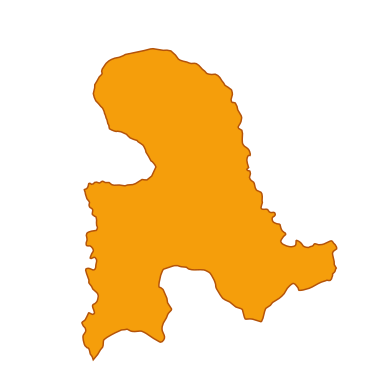 the district of Dorona, Daga, Bhutan, rotated 350°
{"feature_id": "84629894B2198234836682", "entity_name": "Dorona", "entity_type": "district", "adm_level": 2, "iso_a3": "BTN", "parent_name": "Bhutan", "parent_adm1": "Daga", "projection": "robinson", "projection_center": [89.836, 26.874], "detail": "fine", "context": "isolated", "style": "filled", "palette": "amber", "viewbox_px": 384, "rotation_deg": 350, "n_neighbors": 0, "source": "geoboundaries", "source_scale": "gbopen_adm2", "svg_char_len": 5976}
<svg xmlns="http://www.w3.org/2000/svg" viewBox="0 0 384 384"><g transform="rotate(350 192 192)"><path d="M320.9,292.0L319.5,288.3L319.9,285.1L319.6,278.5L319.7,276.9L320.0,276.1L321.0,274.9L324.6,273.1L324.8,271.5L323.9,268.9L322.5,266.9L321.7,265.1L321.0,264.4L319.7,264.3L313.0,266.1L311.0,266.3L307.6,266.0L304.9,264.6L303.9,264.3L303.1,264.6L302.3,265.5L301.3,266.2L299.4,266.3L297.0,266.9L294.7,266.2L293.2,265.4L292.1,264.4L290.7,261.5L289.7,260.2L288.5,259.0L286.7,257.8L286.1,258.0L285.3,261.4L284.6,262.5L283.6,263.0L282.4,263.2L280.1,263.2L278.1,262.6L275.7,261.5L273.5,260.0L272.1,258.9L271.3,257.7L270.9,256.5L270.8,255.7L272.0,254.1L274.4,251.7L276.8,250.2L276.9,249.1L276.6,248.5L276.0,248.1L274.2,246.0L273.6,244.5L273.3,243.1L273.0,239.4L272.4,238.8L270.0,238.0L268.4,237.0L267.0,235.9L266.3,234.5L266.2,232.7L266.5,231.6L267.0,230.9L269.0,230.0L269.9,229.1L270.1,228.4L270.0,227.4L269.7,226.7L268.8,226.2L266.3,226.0L265.6,225.7L264.6,224.9L263.4,222.4L262.1,221.8L260.0,221.6L258.3,221.2L257.5,220.5L257.2,219.5L257.8,218.0L259.5,214.5L259.5,212.8L260.4,208.7L260.5,206.1L260.3,205.3L259.8,204.2L256.2,201.7L255.7,201.1L255.0,198.9L254.8,194.4L254.4,193.1L252.2,190.8L251.5,189.5L251.1,187.6L252.7,184.2L252.7,183.3L252.7,182.2L252.5,181.4L250.4,180.4L249.9,179.3L250.4,178.7L252.0,177.8L251.5,173.6L251.5,170.2L252.2,168.1L253.2,166.4L254.2,165.8L255.5,166.1L256.0,164.8L255.8,162.3L255.4,160.7L254.5,159.0L253.1,157.5L251.6,156.1L250.6,154.3L250.2,152.9L250.2,152.0L250.6,148.9L251.9,143.1L251.8,139.9L249.1,137.6L248.8,136.7L248.7,136.0L249.6,134.8L251.3,132.9L252.5,131.1L253.8,127.6L253.8,126.5L253.6,125.2L251.3,119.0L251.2,115.6L250.1,111.9L248.6,111.1L247.4,110.9L246.6,110.0L246.5,107.8L248.7,103.0L248.9,101.2L248.7,98.6L248.0,97.5L247.0,96.6L246.3,95.7L243.0,92.7L242.1,90.2L240.7,87.6L239.3,84.1L237.6,81.7L235.3,80.0L231.7,79.7L228.9,78.8L227.0,77.7L225.6,75.3L223.5,72.9L220.7,68.5L218.6,66.4L216.8,65.7L213.4,65.3L211.7,64.5L209.4,63.1L205.9,61.6L203.3,60.2L201.7,58.8L199.5,54.3L195.7,49.4L192.0,48.0L188.3,47.5L178.5,44.1L175.9,43.9L169.4,44.4L150.2,45.0L148.1,45.8L144.8,46.5L143.6,46.7L139.1,46.8L135.6,47.5L132.8,48.5L129.9,50.3L128.8,51.3L124.9,55.4L124.0,57.4L124.1,59.6L123.4,60.6L120.7,62.5L117.3,66.7L114.9,69.4L114.2,72.6L111.9,78.0L112.2,81.9L113.1,85.5L115.3,88.8L117.0,91.8L118.4,93.7L118.9,95.2L119.5,97.7L119.5,99.3L120.0,101.2L120.3,104.3L120.8,106.1L121.0,109.9L121.7,112.1L121.6,113.6L121.7,115.4L123.7,117.0L126.0,118.4L127.8,119.2L129.2,119.2L132.6,120.4L136.4,123.0L137.7,123.9L138.2,125.0L140.4,127.9L143.4,129.9L146.8,131.7L147.6,133.1L150.7,136.1L151.8,137.3L152.5,138.8L153.5,142.3L153.6,144.8L155.4,149.3L157.0,154.2L158.2,155.3L159.3,157.1L160.4,159.4L160.8,161.1L155.1,169.3L149.7,172.3L147.4,171.8L145.0,171.0L137.9,173.9L135.0,174.4L129.7,173.9L127.1,174.3L121.6,172.5L116.4,171.8L114.2,170.8L112.0,168.3L108.2,167.6L106.0,165.9L104.7,166.0L103.6,166.7L102.3,167.1L99.7,165.7L97.7,165.7L96.3,166.8L94.3,167.0L93.5,166.0L92.4,165.6L91.7,165.9L90.7,168.3L89.8,169.6L88.6,170.5L86.4,170.9L86.4,172.2L86.7,173.1L86.7,175.5L87.2,179.3L87.4,180.5L89.0,183.4L89.2,184.1L89.2,184.8L88.5,186.4L88.3,187.5L88.5,188.7L88.9,189.5L90.5,191.0L90.9,191.6L91.1,192.3L91.0,193.1L90.0,196.0L90.0,196.9L91.9,199.0L92.9,199.6L93.2,200.4L93.2,203.0L92.6,205.6L92.3,208.3L92.7,209.8L92.7,210.8L91.8,212.5L91.0,213.2L86.2,213.1L83.7,213.4L82.3,213.8L81.3,214.4L80.4,216.3L80.5,219.2L80.3,221.1L79.0,223.6L78.7,225.0L78.7,225.9L79.0,226.5L80.1,227.0L82.1,227.3L83.3,228.4L84.3,230.1L84.7,231.6L84.7,232.5L84.4,233.3L82.5,235.4L80.5,238.6L80.3,239.5L81.1,240.0L84.2,239.3L84.9,239.5L85.4,240.1L86.3,242.1L86.0,243.9L84.7,247.1L84.0,249.7L83.3,250.9L82.2,251.6L81.0,251.6L77.9,249.6L76.5,249.1L75.3,249.1L74.2,249.4L73.7,250.6L74.0,253.9L75.2,260.8L74.7,263.2L74.8,263.9L76.7,267.5L77.5,270.4L80.5,274.2L81.4,275.7L81.7,278.1L80.7,280.9L79.7,282.9L78.5,284.1L76.9,285.1L75.4,285.5L74.8,285.9L74.4,286.4L74.2,287.4L74.3,288.9L74.8,291.4L75.0,293.4L74.9,294.3L74.5,294.8L73.1,295.3L72.1,294.9L69.8,293.2L69.2,293.1L66.8,296.5L64.8,299.1L63.9,299.8L61.6,300.9L61.0,301.4L60.9,302.2L61.3,303.7L61.7,305.0L63.2,307.4L63.4,309.4L63.2,310.4L62.7,311.4L60.1,314.1L59.6,315.2L59.4,316.2L59.2,319.0L59.5,323.1L60.0,324.9L61.7,327.2L62.6,327.6L63.1,328.2L63.5,329.9L63.7,333.9L65.1,336.8L65.6,340.1L70.9,335.6L74.3,331.6L77.0,329.3L77.8,327.7L78.9,323.4L79.3,322.6L79.9,322.0L83.0,320.4L87.9,318.6L92.0,317.3L98.6,315.6L102.1,315.9L103.8,315.8L104.6,316.0L107.4,318.2L108.9,318.9L111.4,319.5L116.6,319.9L118.2,320.3L120.4,321.8L122.4,323.4L128.7,329.5L134.1,334.0L134.9,334.4L136.6,334.2L138.2,333.0L139.3,331.6L139.8,329.9L139.7,328.2L138.7,324.0L138.6,322.8L138.8,321.0L139.3,319.3L141.0,316.1L145.0,311.4L146.8,308.4L148.0,307.1L150.9,304.9L151.4,304.2L151.5,303.5L148.7,296.8L148.8,292.3L146.7,283.5L146.4,282.8L145.2,281.4L144.6,280.8L143.4,280.2L143.0,279.6L143.2,277.9L144.0,275.2L146.7,268.6L149.0,264.8L150.1,263.4L150.9,263.0L160.2,261.6L161.9,261.5L164.5,261.9L165.3,262.1L166.8,263.0L168.4,263.7L173.4,265.1L175.2,267.1L175.9,267.5L178.3,268.5L180.8,269.1L186.8,270.0L190.2,270.8L191.7,271.6L194.5,273.7L195.7,275.0L196.8,277.4L198.5,282.5L199.0,285.1L199.2,286.9L199.0,289.6L199.3,291.4L201.9,298.1L203.0,300.5L203.9,302.1L205.8,303.9L210.1,306.9L214.1,311.6L215.3,312.9L220.0,315.4L221.2,316.5L221.7,322.9L221.9,324.7L222.4,326.3L223.2,326.6L227.0,327.0L229.5,327.7L237.3,331.7L238.0,331.5L239.9,328.7L242.8,322.2L244.1,319.9L244.7,319.3L249.5,317.2L252.1,314.8L259.3,311.9L262.3,310.2L265.1,308.1L269.1,303.4L271.9,301.3L273.4,300.4L275.0,299.7L275.8,299.6L276.6,300.0L277.3,300.5L278.3,302.0L279.6,304.4L279.9,305.2L280.0,306.7L280.3,307.4L281.8,307.7L284.3,307.8L290.5,307.2L293.8,306.4L300.4,304.1L303.7,303.2L308.1,302.6L309.5,302.3L311.6,303.0L312.8,303.0L314.3,301.8L315.0,300.3L315.6,299.4L316.1,298.1L316.2,297.1L318.4,295.6L319.2,294.7L320.2,292.6L320.9,292.0Z" fill="#f59e0b" stroke="#b45309" stroke-width="1.5"/></g></svg>